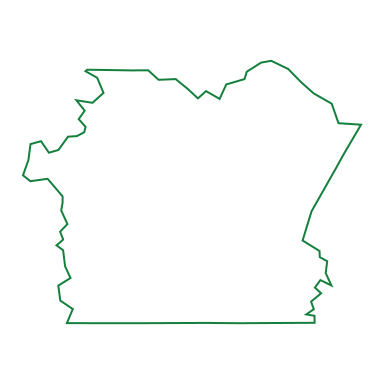 Fayette, Pennsylvania, United States of America (Equal Earth projection)
{"feature_id": "52423323B77989580775491", "entity_name": "Fayette", "entity_type": "district", "adm_level": 2, "iso_a3": "USA", "parent_name": "United States of America", "parent_adm1": "Pennsylvania", "projection": "equal_earth", "projection_center": [-79.699, 39.932], "detail": "fine", "context": "isolated", "style": "outline", "palette": "green", "viewbox_px": 384, "rotation_deg": 0, "n_neighbors": 0, "source": "geoboundaries", "source_scale": "gbopen_adm2", "svg_char_len": 1051}
<svg xmlns="http://www.w3.org/2000/svg" viewBox="0 0 384 384"><path d="M85.5,71.2L97.2,77.8L103.5,92.9L92.5,102.8L76.4,100.3L84.7,110.7L78.7,119.1L85.6,126.9L84.2,132.2L76.9,136.1L68.0,136.7L58.4,150.0L48.9,152.7L41.0,141.2L30.5,144.1L28.4,160.1L23.0,175.3L30.4,181.2L47.6,178.8L62.6,196.4L62.6,202.7L61.2,210.4L67.4,224.1L60.1,231.7L63.0,238.9L63.0,239.7L61.8,240.8L60.5,242.0L56.5,245.3L63.1,250.2L65.1,266.3L70.5,278.0L58.3,285.6L60.3,300.6L72.8,309.1L66.9,323.1L96.7,323.2L96.8,323.2L118.0,323.2L139.0,323.2L211.4,322.9L212.6,323.0L240.8,323.2L274.8,323.0L314.6,322.8L314.5,315.8L306.3,314.4L313.8,309.2L311.1,301.6L321.1,293.3L314.9,287.6L320.4,280.1L331.4,285.5L325.7,273.0L327.2,261.2L319.8,257.2L319.5,251.0L302.6,240.5L311.5,211.4L335.7,168.7L343.7,154.2L361.0,124.7L338.5,123.2L331.7,103.7L313.7,93.4L300.8,81.9L288.2,69.0L271.2,60.8L261.1,62.6L246.8,71.7L244.5,79.1L226.3,84.4L219.6,98.9L206.0,91.1L197.9,98.4L188.3,89.4L175.7,79.1L158.6,79.8L148.2,70.3L131.1,70.4L87.2,69.7L85.5,71.2Z" fill="none" stroke="#15803d" stroke-width="2"/></svg>